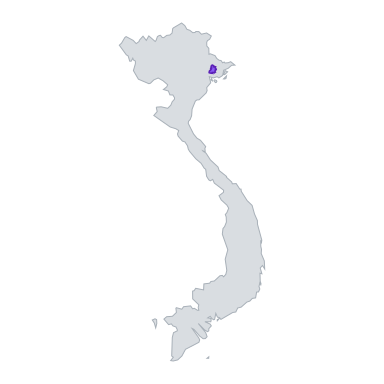 Son Dong, Bắc Giang, Vietnam (highlighted)
{"feature_id": "81297802B10167820950608", "entity_name": "Son Dong", "entity_type": "district", "adm_level": 2, "iso_a3": "VNM", "parent_name": "Vietnam", "parent_adm1": "Bắc Giang", "projection": "robinson", "projection_center": [106.856, 21.328], "detail": "fine", "context": "in_parent", "style": "filled", "palette": "violet", "viewbox_px": 384, "rotation_deg": 0, "n_neighbors": 0, "source": "geoboundaries", "source_scale": "gbopen_adm2", "svg_char_len": 5363}
<svg xmlns="http://www.w3.org/2000/svg" viewBox="0 0 384 384"><path d="M234.9,65.1L231.6,65.3L228.2,68.3L223.7,70.2L222.6,75.5L218.9,77.9L217.1,76.7L213.4,77.9L209.3,76.7L210.7,82.8L206.7,87.6L207.1,90.6L206.1,93.0L199.1,99.8L197.0,99.9L195.4,101.0L192.1,109.1L191.6,115.8L190.1,119.6L188.6,121.2L188.2,123.3L193.5,133.9L197.0,138.2L200.5,140.3L205.7,146.6L204.9,148.3L205.2,151.8L202.8,150.8L203.1,151.2L206.0,153.1L210.4,159.9L218.0,167.0L219.2,170.6L226.6,176.5L226.4,177.2L231.7,182.0L232.3,183.8L236.2,183.6L239.8,189.1L241.0,189.1L241.3,191.4L247.2,200.7L252.1,205.4L254.5,214.0L257.4,220.6L257.5,224.3L261.8,240.2L261.5,242.3L260.7,240.3L260.8,246.3L261.5,249.5L261.2,253.5L264.3,260.9L264.7,269.0L262.5,265.5L260.2,268.0L261.9,273.8L260.0,273.2L260.2,281.1L261.0,283.8L260.8,284.8L259.8,282.8L259.0,286.5L259.8,289.0L258.5,291.9L256.6,292.1L255.6,297.9L252.3,298.4L249.8,301.1L246.8,302.1L241.2,307.1L237.7,308.0L235.8,312.0L232.7,312.5L220.9,319.4L219.6,317.7L217.4,317.1L215.8,313.4L214.6,319.4L213.7,319.8L211.9,318.6L210.2,316.3L207.7,317.9L210.5,318.4L211.2,319.9L210.8,321.8L204.9,321.7L210.2,324.1L211.3,325.9L208.8,328.7L208.8,330.8L207.5,331.7L204.6,329.9L198.3,323.5L205.7,332.6L207.1,336.7L205.3,338.6L203.1,338.7L199.6,336.0L194.0,329.4L192.1,328.5L198.7,337.8L199.7,339.9L198.9,342.3L185.5,349.3L181.9,356.0L177.7,359.9L173.2,361.0L170.7,360.6L173.3,357.2L171.7,356.0L172.3,337.5L173.5,332.7L177.3,330.8L177.3,329.8L176.0,327.0L172.9,325.9L171.4,323.9L168.6,324.6L163.9,319.1L166.7,316.7L172.4,316.3L176.4,312.5L175.9,308.2L176.4,307.7L181.8,309.2L183.6,306.7L190.6,305.9L192.6,308.8L194.3,308.3L197.5,310.3L198.8,310.3L198.2,307.4L198.8,304.8L192.7,298.9L192.6,291.1L194.1,290.7L195.7,288.3L203.6,289.9L203.9,283.9L209.6,283.2L210.9,281.5L214.3,281.0L219.9,275.8L222.3,275.4L223.6,276.8L225.8,274.4L226.8,270.4L225.2,259.2L227.8,249.8L222.3,234.1L223.0,228.5L224.6,226.6L226.4,222.1L226.2,217.0L225.3,214.5L226.8,212.8L228.7,208.2L226.9,205.1L221.2,199.9L219.0,195.7L223.5,192.3L223.6,190.2L214.3,183.1L212.7,179.4L210.4,180.8L208.8,179.9L206.6,176.3L205.7,169.3L204.2,168.2L201.1,163.3L195.8,158.8L189.6,151.4L188.3,149.2L187.5,145.8L184.9,141.9L182.4,141.1L178.1,136.1L177.5,134.0L178.7,130.5L175.7,128.7L170.2,127.0L153.8,115.5L157.2,111.5L156.3,107.7L156.7,107.1L161.2,106.8L167.7,108.3L170.8,105.2L172.2,101.8L174.5,99.2L174.5,97.7L172.9,95.0L169.9,94.9L168.4,91.0L163.4,89.5L166.7,86.9L167.7,84.8L163.1,80.8L158.2,78.0L153.8,79.9L150.5,83.2L148.9,83.7L138.4,79.2L133.4,70.6L135.4,63.7L135.4,61.1L133.4,59.9L132.8,58.2L131.2,61.2L129.7,61.2L128.2,56.0L126.3,54.8L119.3,45.2L121.5,43.2L124.8,37.6L126.1,36.6L133.2,40.4L136.2,43.6L139.2,41.4L139.3,40.3L143.0,36.2L146.3,40.4L148.8,35.9L155.2,41.5L156.1,40.4L157.4,36.6L159.2,35.5L160.5,35.3L162.2,37.5L163.7,37.7L166.7,35.4L169.9,35.0L172.1,33.0L172.7,28.6L173.5,27.8L181.6,23.0L184.8,25.6L186.9,29.3L189.8,30.3L192.8,32.7L195.1,32.4L195.9,31.5L198.8,31.6L201.4,34.2L206.6,33.0L211.3,36.0L209.7,39.2L207.4,40.7L206.7,42.4L206.8,46.0L208.8,48.3L209.0,54.3L210.3,53.8L215.0,55.6L216.8,58.5L219.2,60.3L221.0,60.5L222.6,62.8L224.2,62.0L225.0,63.0L228.3,62.7L230.7,61.7L234.9,65.1ZM156.6,319.6L156.8,323.4L155.7,327.9L154.3,323.0L152.3,320.0L155.0,318.8L156.6,319.6ZM227.6,71.8L224.7,74.6L223.6,74.6L225.1,70.6L227.6,71.8ZM216.2,82.5L215.4,82.6L213.9,80.7L214.7,79.8L216.5,80.5L216.9,81.3L216.2,82.5ZM226.0,78.4L224.9,79.0L223.5,78.9L226.5,75.9L226.0,78.4ZM211.6,78.4L212.7,81.4L211.1,79.8L211.6,78.4ZM219.6,318.3L217.3,320.8L217.2,319.7L219.6,318.3ZM208.7,358.3L207.0,358.3L208.8,356.8L208.7,358.3Z" fill="#d9dde1" stroke="#a8b0b8" stroke-width="1"/><path d="M216.3,69.3L216.2,69.3L216.1,69.2L216.0,68.9L215.9,68.8L215.8,68.7L215.7,68.7L215.4,68.6L215.4,68.4L215.4,68.2L215.5,68.1L215.4,67.9L215.4,67.7L215.4,67.4L215.5,67.2L215.6,66.9L215.4,66.9L215.3,66.7L215.2,66.7L215.0,66.8L214.9,66.9L214.8,67.0L214.7,67.0L214.6,66.9L214.4,66.8L214.3,67.0L214.2,67.0L214.2,66.9L214.2,66.7L214.0,66.8L213.9,66.9L213.7,66.6L213.5,66.4L213.5,66.2L213.7,65.9L213.5,65.7L213.4,65.7L213.2,65.4L212.9,65.4L212.7,65.4L212.5,65.2L212.4,65.1L212.2,65.3L212.1,65.2L211.9,65.2L211.8,65.3L211.5,65.5L211.5,65.8L211.4,65.8L211.4,66.0L211.3,66.3L211.2,66.4L211.2,66.5L211.3,66.7L211.3,66.8L211.3,67.0L211.2,67.1L211.2,67.3L211.3,67.4L211.2,67.5L211.3,67.6L211.2,67.6L211.2,67.8L211.2,68.0L211.1,67.9L211.1,68.0L210.9,68.0L210.9,68.3L210.7,68.4L210.6,68.5L210.7,68.8L210.8,68.8L210.9,69.0L211.0,69.0L211.0,69.3L210.9,69.4L210.8,69.5L210.9,69.8L210.7,70.0L210.4,70.1L210.4,70.3L210.2,70.5L209.9,70.5L209.7,70.7L209.5,70.9L209.4,71.0L209.4,71.3L209.4,71.5L209.4,71.8L209.4,72.0L209.2,72.1L209.3,72.3L209.2,72.4L209.1,72.5L209.2,72.8L209.3,72.8L209.5,72.9L209.8,72.9L209.9,73.0L210.0,73.0L210.3,73.0L210.5,73.1L210.8,73.2L211.0,73.1L211.4,73.3L211.5,73.3L211.7,73.2L211.9,73.2L212.0,73.1L212.3,73.2L212.2,73.0L212.2,72.7L212.2,72.4L212.3,72.4L212.4,72.5L212.5,72.5L212.6,72.4L212.8,72.4L212.8,72.5L213.0,72.7L213.3,72.5L213.5,72.6L213.8,72.5L214.0,72.5L214.2,72.8L214.3,72.9L214.5,72.8L214.5,72.7L214.6,72.4L214.7,72.2L214.8,72.2L214.7,72.1L214.8,72.0L214.8,71.9L215.0,71.7L215.2,71.4L215.2,71.2L215.3,71.0L215.3,70.9L215.3,70.7L215.2,70.6L215.1,70.4L215.1,70.2L215.3,70.0L215.5,70.0L215.8,70.0L215.9,69.9L216.0,69.9L216.1,69.7L216.3,69.5L216.3,69.4L216.3,69.3Z" fill="#8b5cf6" stroke="#5b21b6" stroke-width="1.5"/></svg>